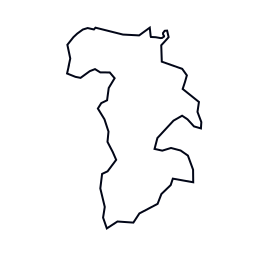 Uzgen, Osh, Kyrgyzstan, rotated 99°
{"feature_id": "92254566B62299131303841", "entity_name": "Uzgen", "entity_type": "district", "adm_level": 2, "iso_a3": "KGZ", "parent_name": "Kyrgyzstan", "parent_adm1": "Osh", "projection": "orthographic", "projection_center": [73.5, 40.749], "detail": "fine", "context": "isolated", "style": "outline", "palette": "ink", "viewbox_px": 256, "rotation_deg": 99, "n_neighbors": 0, "source": "geoboundaries", "source_scale": "gbopen_adm2", "svg_char_len": 1079}
<svg xmlns="http://www.w3.org/2000/svg" viewBox="0 0 256 256"><g transform="rotate(99 128 128)"><path d="M83.7,196.7L85.7,187.9L85.9,182.7L77.8,174.6L75.0,169.8L77.4,164.1L76.0,154.7L80.9,149.0L91.5,153.3L103.9,153.0L107.6,158.3L113.5,160.8L123.1,152.6L134.6,146.7L144.9,146.1L154.1,139.3L161.3,134.7L174.0,141.4L177.4,146.4L192.0,145.9L209.6,138.6L220.4,138.6L230.5,133.2L222.0,123.8L220.6,107.9L210.6,103.4L198.3,86.9L188.0,84.7L177.7,76.9L171.0,75.8L171.4,55.1L159.0,57.2L145.9,64.5L142.0,72.5L141.0,82.4L145.0,90.6L144.5,98.5L133.3,97.4L113.6,84.2L107.4,76.5L110.1,70.6L116.1,63.1L117.0,55.9L110.7,56.5L101.2,61.9L91.2,62.0L80.9,80.1L73.5,78.9L66.8,78.1L61.1,83.7L57.2,105.0L41.1,108.1L33.4,103.0L31.9,102.1L25.7,104.6L25.9,105.6L26.3,107.0L28.8,108.3L30.2,107.9L31.4,106.8L32.0,106.7L32.4,107.1L33.7,108.4L34.1,109.7L34.0,114.8L34.5,119.6L33.7,120.0L25.5,122.2L34.8,131.5L36.5,147.6L34.0,175.8L36.0,177.1L35.6,183.5L37.8,188.0L42.7,192.9L46.8,196.1L55.3,200.9L68.4,195.9L76.0,196.3L76.0,196.2L82.0,196.6L83.7,196.7Z" fill="none" stroke="#020617" stroke-width="2"/></g></svg>